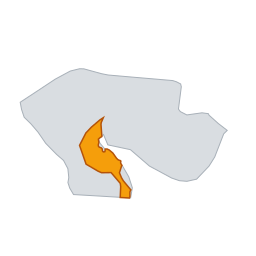 where Arta sits in Djibouti, rotated 61°
{"feature_id": "DJI-1568", "entity_name": "Arta", "entity_type": "Region", "adm_level": 1, "iso_a3": "DJI", "parent_name": "Djibouti", "parent_adm1": "", "projection": "mercator", "projection_center": [42.782, 11.46], "detail": "fine", "context": "in_parent", "style": "filled", "palette": "amber", "viewbox_px": 256, "rotation_deg": 61, "n_neighbors": 0, "source": "natural_earth", "source_scale": "10m", "svg_char_len": 1508}
<svg xmlns="http://www.w3.org/2000/svg" viewBox="0 0 256 256"><g transform="rotate(61 128 128)"><path d="M190.4,159.6L182.2,172.6L171.7,189.1L159.8,207.9L152.3,208.1L146.6,207.0L142.6,203.8L134.4,200.3L125.2,200.1L116.4,203.3L101.5,207.4L88.1,208.7L77.3,210.9L68.3,213.6L60.2,212.1L53.2,209.8L51.7,189.7L50.0,168.0L50.2,150.9L52.7,141.6L54.9,137.9L67.6,124.9L72.0,119.7L86.5,98.2L98.9,79.7L108.2,65.9L111.1,63.2L115.0,60.6L117.8,61.4L135.9,74.7L139.0,74.3L145.1,70.2L150.6,55.9L154.4,50.8L156.1,50.9L167.7,46.9L178.2,42.4L179.5,47.1L195.4,66.2L200.6,75.6L206.0,92.8L203.2,102.3L199.0,108.6L192.9,114.1L171.7,127.7L148.1,136.4L133.0,153.8L121.8,152.6L123.5,159.2L127.7,159.9L134.2,158.6L147.2,153.6L158.7,151.2L171.2,151.0L182.4,153.2L190.4,159.6Z" fill="#d9dde1" stroke="#a8b0b8" stroke-width="1"/><path d="M189.9,160.7L185.0,168.5L175.7,162.8L172.7,161.6L158.8,164.4L154.3,172.8L151.3,175.1L139.3,182.2L119.7,178.8L111.9,167.2L109.5,159.6L107.3,148.7L107.0,144.6L110.3,148.8L111.8,149.9L122.8,155.0L122.9,157.3L123.4,159.3L126.5,160.5L128.4,162.2L129.6,162.7L130.9,162.4L132.4,161.0L133.5,160.7L134.3,160.9L135.2,161.3L136.1,161.5L137.0,161.1L137.5,159.8L136.9,159.1L135.9,158.6L135.4,158.1L136.2,156.5L138.1,155.1L142.5,153.4L148.9,152.7L150.9,152.1L151.9,151.4L152.7,150.6L153.5,150.3L154.5,151.1L155.3,151.5L157.7,151.4L157.8,151.7L163.0,157.2L168.4,157.8L171.9,157.7L183.2,155.6L183.5,155.5L184.5,157.0L185.6,157.8L188.6,159.4L189.9,160.7Z" fill="#f59e0b" stroke="#b45309" stroke-width="1.5"/></g></svg>